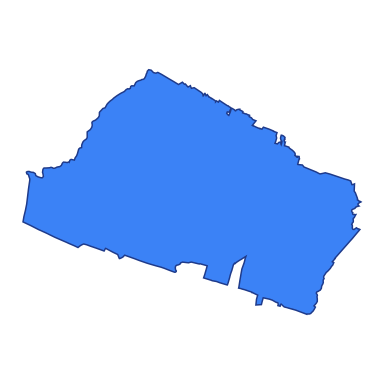 the district of Temoac, Morelos, Mexico
{"feature_id": "50627088B73739880826437", "entity_name": "Temoac", "entity_type": "district", "adm_level": 2, "iso_a3": "MEX", "parent_name": "Mexico", "parent_adm1": "Morelos", "projection": "orthographic", "projection_center": [-98.785, 18.76], "detail": "fine", "context": "isolated", "style": "filled", "palette": "blue", "viewbox_px": 384, "rotation_deg": 0, "n_neighbors": 0, "source": "geoboundaries", "source_scale": "gbopen_adm2", "svg_char_len": 5943}
<svg xmlns="http://www.w3.org/2000/svg" viewBox="0 0 384 384"><path d="M23.0,221.9L30.8,225.6L38.6,229.6L45.5,232.7L54.7,237.2L66.9,242.5L68.8,243.4L74.2,245.7L78.0,247.5L80.0,245.9L81.6,244.9L83.6,244.0L83.8,244.0L86.8,244.8L90.5,246.2L96.1,248.1L104.1,251.0L105.5,248.4L106.3,248.6L106.7,248.9L113.1,252.3L117.7,254.5L119.3,258.5L119.6,258.6L120.9,258.1L122.8,257.1L124.7,255.2L134.3,258.6L139.3,260.5L146.8,263.1L149.4,263.9L155.9,265.8L161.1,267.2L164.0,268.2L170.4,270.7L174.5,272.2L175.3,272.2L175.8,271.9L176.2,271.5L176.3,270.9L175.7,270.1L175.4,268.9L175.3,267.5L175.6,266.2L176.5,265.3L178.5,264.8L180.0,264.1L180.6,262.9L182.6,262.1L186.7,262.6L188.6,262.8L190.1,262.3L191.4,262.1L198.0,263.7L199.4,264.0L199.9,263.7L204.5,265.0L207.2,265.8L205.9,270.6L205.8,270.8L204.8,274.4L203.6,277.9L211.3,280.3L212.1,280.7L216.5,281.5L220.0,282.8L227.3,285.0L227.4,284.9L228.2,282.6L229.6,277.7L230.1,275.6L230.8,273.2L231.8,270.5L233.4,264.8L234.5,263.3L234.9,263.7L235.3,263.4L236.2,262.5L238.9,260.7L242.1,258.8L243.3,258.0L245.9,256.4L245.3,258.1L244.6,261.0L244.1,262.9L241.9,269.0L241.2,272.8L239.9,280.5L239.3,284.3L238.9,287.0L238.6,288.1L241.2,288.7L241.9,289.0L244.6,289.7L249.0,291.2L250.6,291.7L251.9,292.2L251.9,292.6L252.1,292.7L252.7,292.7L254.7,293.7L257.7,295.1L256.5,299.2L255.9,305.0L261.4,304.6L262.1,301.7L263.2,297.8L269.6,299.2L272.4,300.2L275.7,302.1L276.7,302.5L277.7,302.6L278.0,303.3L278.2,304.5L277.9,305.6L280.1,306.2L280.5,304.5L281.1,304.1L284.2,306.9L295.6,310.1L306.8,314.3L306.9,314.0L309.3,314.0L310.7,313.5L311.7,312.4L313.0,311.2L314.1,309.5L315.4,307.1L314.0,305.9L316.3,303.2L317.3,301.4L317.3,298.8L317.0,296.7L317.4,295.4L317.1,294.5L316.8,294.1L316.4,293.6L316.4,292.6L317.0,291.8L318.3,291.3L319.3,290.6L320.3,290.1L320.8,289.2L321.3,288.6L321.7,286.0L322.3,284.8L322.8,284.0L323.3,282.5L323.2,281.9L323.2,280.9L323.2,280.0L324.1,278.6L323.8,278.0L323.6,277.0L323.9,276.0L325.0,274.3L325.6,273.5L326.2,272.4L327.3,271.6L328.4,270.5L330.3,268.4L331.0,267.3L331.4,266.5L332.6,265.3L333.8,262.6L332.3,261.8L335.1,258.6L334.8,258.4L350.1,241.0L352.3,238.6L354.6,235.8L359.9,229.5L358.7,228.9L358.0,228.9L356.4,227.8L354.0,229.5L352.9,229.3L352.4,228.4L352.2,227.9L352.4,227.5L352.3,227.1L352.4,226.7L352.3,225.2L351.7,224.5L352.1,223.8L352.3,223.0L353.0,222.4L353.3,221.7L353.3,219.9L353.1,219.2L353.2,218.7L353.5,218.1L353.8,218.0L354.3,217.6L354.6,216.8L355.8,214.6L355.1,214.7L354.2,214.4L353.5,214.6L353.0,214.4L352.6,213.8L352.8,212.6L351.9,211.9L351.6,211.0L352.0,209.7L352.7,209.3L354.9,208.4L355.7,207.2L356.7,206.8L357.1,206.4L358.0,206.4L358.3,206.1L359.0,206.0L358.7,205.7L358.3,205.3L357.9,204.0L359.0,203.0L359.8,202.4L360.5,202.2L361.0,201.9L360.4,201.5L358.9,201.0L358.2,200.2L357.4,199.9L357.5,198.9L357.3,198.0L355.4,192.9L354.2,191.1L354.5,183.9L352.8,184.6L351.9,184.6L350.7,181.0L348.3,180.0L344.6,179.0L339.6,177.3L330.1,174.1L325.3,172.8L322.7,173.4L320.2,173.9L319.4,173.7L316.2,172.0L304.0,167.0L302.4,165.0L297.9,164.5L297.7,164.3L298.9,159.8L299.5,158.9L299.3,158.7L299.2,157.5L299.1,156.5L297.4,156.3L297.4,157.2L296.8,157.1L296.4,156.7L295.5,155.7L294.9,155.5L295.2,154.2L295.0,153.2L293.8,151.6L292.6,150.5L292.3,150.2L290.0,148.6L289.3,148.0L288.9,147.1L284.5,145.7L285.2,142.3L285.3,142.1L284.6,142.0L284.3,140.9L284.2,140.3L284.7,139.7L284.9,139.3L284.5,139.2L285.0,137.4L283.4,135.9L281.8,135.2L281.2,135.2L280.7,137.2L280.5,138.3L281.2,140.8L281.9,141.2L281.7,143.0L281.2,144.6L280.8,143.7L281.1,143.2L281.0,142.7L281.2,142.1L281.1,141.9L278.9,142.4L277.4,143.9L275.0,143.3L275.9,140.8L276.0,140.2L276.4,139.1L276.6,138.2L276.6,137.8L276.1,135.6L277.0,132.6L273.7,131.4L273.8,131.2L273.7,131.1L269.0,129.1L263.4,127.2L261.9,129.2L259.9,128.4L259.8,128.7L255.6,126.9L253.5,125.8L253.3,126.0L252.3,125.4L256.0,120.8L252.7,119.5L251.9,118.4L251.4,117.8L249.2,116.6L249.6,115.3L248.7,114.9L248.1,114.9L246.3,113.9L245.7,113.9L245.2,113.8L245.0,113.7L242.6,112.8L243.0,111.8L242.7,111.4L239.8,109.9L239.8,109.2L238.5,109.3L236.9,109.7L236.2,110.1L235.7,110.5L235.6,110.8L235.2,110.7L234.3,109.7L232.1,108.4L231.4,108.1L230.2,112.3L228.8,115.4L227.7,114.6L226.7,113.3L227.3,111.9L229.2,112.2L231.1,108.0L230.1,107.2L229.2,106.8L228.3,105.9L227.4,105.7L222.2,102.3L219.4,100.4L218.4,102.1L216.4,100.9L215.6,101.8L215.6,101.1L215.2,100.7L211.6,98.3L211.5,98.5L209.4,97.0L209.1,97.1L207.3,94.6L206.1,95.7L205.0,93.4L204.8,93.4L203.7,95.3L203.2,95.8L202.7,93.8L201.1,92.3L194.2,87.7L191.4,88.3L190.9,87.2L190.4,85.7L188.1,87.0L187.3,86.3L185.4,84.0L184.4,84.2L182.4,82.2L178.5,84.5L173.4,81.4L169.1,78.9L161.6,74.4L157.8,72.4L155.9,73.2L153.5,72.6L151.2,70.2L148.7,69.7L147.3,71.2L147.0,72.7L146.4,73.8L146.1,74.7L145.8,75.9L145.3,76.9L144.3,78.7L143.1,79.4L141.9,79.5L140.5,80.3L139.4,80.5L137.3,81.3L135.7,82.7L134.8,84.6L134.1,85.9L131.7,85.8L130.7,86.5L130.3,88.3L129.0,89.0L127.8,88.7L126.1,89.6L125.1,90.7L124.3,91.5L122.8,92.3L121.3,93.0L119.8,93.9L117.1,95.6L113.7,98.1L112.4,99.4L110.2,101.0L108.3,102.8L107.0,104.3L105.1,107.8L102.9,108.5L100.7,110.9L99.8,111.8L99.4,112.5L99.4,113.3L99.3,115.9L98.4,117.4L97.7,118.2L95.5,120.1L93.2,121.1L92.3,121.8L91.9,122.7L92.2,124.6L92.2,125.6L91.7,127.5L90.3,129.6L87.2,131.9L87.2,137.5L86.4,139.0L84.5,140.3L83.7,141.0L82.9,142.0L82.2,143.7L81.7,145.1L81.6,147.6L79.9,148.0L78.7,149.1L77.4,153.8L76.5,156.0L75.2,157.7L74.4,160.1L71.1,159.4L69.9,160.2L69.2,162.2L68.9,161.9L68.3,162.1L67.5,162.5L66.8,162.5L65.8,162.3L63.5,162.1L63.0,162.5L62.3,163.3L61.4,165.4L59.8,166.6L57.9,166.9L56.5,167.3L55.9,167.7L54.7,168.2L53.4,168.3L52.4,167.7L51.0,167.3L49.5,167.8L46.3,168.0L44.1,168.0L43.5,168.4L42.9,169.6L42.5,172.4L42.9,173.4L43.4,176.4L42.4,177.7L41.5,177.8L40.1,177.5L37.9,176.8L35.8,175.6L35.3,173.6L33.4,172.4L32.0,172.3L30.8,172.1L29.0,171.4L27.1,171.6L26.4,172.2L26.8,173.8L28.3,174.5L29.8,179.0L29.7,180.7L28.5,188.9L26.7,204.0L25.4,210.5L23.9,216.7L23.0,221.9Z" fill="#3b82f6" stroke="#1e3a8a" stroke-width="1.5"/></svg>